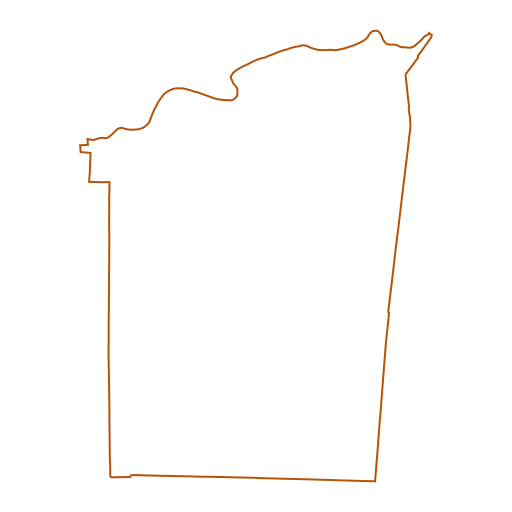 Cosambesti, Ialomita, Romania
{"feature_id": "2599482B78625635901926", "entity_name": "Cosambesti", "entity_type": "district", "adm_level": 2, "iso_a3": "ROU", "parent_name": "Romania", "parent_adm1": "Ialomita", "projection": "orthographic", "projection_center": [27.459, 44.535], "detail": "fine", "context": "isolated", "style": "outline", "palette": "amber", "viewbox_px": 512, "rotation_deg": 0, "n_neighbors": 0, "source": "geoboundaries", "source_scale": "gbopen_adm2", "svg_char_len": 3522}
<svg xmlns="http://www.w3.org/2000/svg" viewBox="0 0 512 512"><path d="M231.5,75.3L231.1,76.0L230.8,76.6L231.2,78.7L231.7,79.8L233.2,83.1L234.3,84.7L235.5,85.8L237.3,88.5L237.4,92.0L237.5,93.5L237.0,95.8L236.4,97.0L234.2,99.0L232.8,99.9L231.5,100.2L229.2,100.3L226.5,100.1L223.9,100.0L221.5,99.7L219.1,99.5L214.8,98.5L210.5,97.0L206.2,95.4L198.1,92.5L193.7,91.4L191.0,90.5L186.3,89.1L182.5,88.4L179.3,88.3L175.4,88.4L172.7,89.1L169.7,90.3L167.1,91.7L165.6,92.8L163.9,94.4L161.4,97.5L158.9,101.0L154.7,108.7L152.3,114.0L149.4,122.0L148.5,123.2L147.0,124.8L144.9,126.5L143.0,127.8L140.4,128.7L137.9,129.3L136.3,129.5L130.9,129.8L126.4,129.2L121.3,127.7L118.7,128.4L116.8,129.6L116.1,130.3L114.0,132.3L111.6,134.8L108.7,137.1L106.8,138.0L105.0,138.3L103.3,137.9L101.1,137.9L97.1,138.8L95.7,139.3L94.3,139.8L93.0,140.0L91.7,139.8L87.5,139.1L87.9,144.9L80.1,145.3L80.7,152.1L90.5,152.9L89.9,171.2L89.1,181.9L102.6,182.2L109.5,182.1L109.4,190.7L109.2,197.6L109.2,198.4L109.2,206.6L109.2,209.6L109.2,216.2L109.1,225.0L109.3,235.0L109.3,244.3L109.2,249.1L109.2,254.4L109.2,262.9L109.2,266.2L109.0,275.0L109.1,286.8L108.9,296.1L108.9,299.9L108.9,311.6L108.7,316.2L108.7,338.0L108.6,341.3L108.6,342.2L108.5,352.8L108.7,362.3L109.3,399.3L109.4,408.8L109.4,423.0L109.6,435.0L109.7,447.9L109.9,461.9L110.1,462.9L110.2,467.4L110.2,471.4L110.3,476.1L110.6,476.6L111.4,477.2L112.1,477.3L130.3,477.0L130.8,475.7L131.5,475.1L135.7,475.1L142.1,475.3L146.0,475.4L154.3,475.6L161.5,475.8L167.3,475.9L180.1,476.2L195.3,476.5L200.8,476.7L210.0,476.8L215.7,476.9L258.5,477.9L258.7,478.1L279.5,478.6L289.8,478.9L295.8,479.0L302.3,479.2L308.0,479.3L309.8,479.4L319.4,479.7L327.8,479.9L334.0,480.1L335.0,480.2L359.6,480.9L367.1,481.1L369.3,481.1L374.8,481.3L375.1,481.3L375.1,480.9L375.9,471.4L376.3,466.2L377.5,451.5L377.5,451.1L378.3,440.8L379.0,430.9L379.4,426.3L379.7,421.7L380.8,408.9L383.2,377.3L385.7,345.7L385.7,345.3L387.1,331.6L387.9,324.4L389.0,313.1L388.6,312.5L388.2,311.9L391.4,285.7L394.5,259.3L395.0,254.8L397.3,235.8L397.7,233.0L399.2,220.6L402.5,192.9L403.7,183.1L404.7,174.8L406.0,164.0L406.7,158.5L407.3,153.5L407.6,151.0L409.0,139.0L410.5,126.0L410.3,123.1L410.1,120.2L410.1,119.3L409.8,116.5L408.8,110.0L408.7,107.8L409.2,107.1L408.5,101.9L408.1,98.9L405.8,76.9L405.6,76.5L405.6,75.5L405.6,74.9L405.7,74.5L406.1,73.7L412.1,65.7L418.1,57.6L417.7,56.2L420.5,52.4L422.8,49.2L427.5,42.6L430.5,38.3L431.9,35.2L430.5,34.1L429.1,33.0L428.9,33.7L428.2,34.4L427.3,35.0L425.8,35.7L424.8,36.3L423.3,37.7L422.2,39.0L420.9,40.4L419.7,41.5L418.4,42.7L417.1,43.8L414.4,46.1L412.4,47.1L410.4,47.7L408.5,47.7L406.2,47.4L404.0,47.2L402.6,47.3L401.1,47.1L399.5,46.5L398.0,45.8L396.7,44.9L395.2,44.8L393.1,44.6L391.0,44.7L389.0,44.5L387.3,44.1L386.2,43.5L385.0,42.3L383.7,40.6L383.1,39.5L382.2,37.5L381.3,35.2L380.3,33.6L379.5,32.6L378.6,31.6L377.8,31.1L376.9,30.8L376.2,30.7L375.3,30.8L373.9,30.9L372.6,31.2L371.1,32.2L369.8,33.7L368.2,36.1L366.8,38.1L363.9,40.5L359.4,42.9L354.4,45.1L350.0,46.6L345.3,48.2L341.7,49.0L339.2,49.5L335.5,50.3L334.7,50.2L331.5,49.8L329.3,49.9L324.6,50.1L321.7,50.1L318.1,49.9L315.3,49.2L311.2,47.9L307.7,46.3L304.9,45.4L303.1,45.3L301.1,45.6L299.0,46.3L296.0,46.8L293.2,47.3L289.4,48.5L287.0,49.4L283.7,50.3L279.5,51.6L277.0,52.6L274.0,53.8L271.3,54.9L267.4,56.4L265.5,57.3L262.0,58.2L259.5,58.8L256.7,59.8L254.1,61.0L250.4,62.8L247.4,64.4L242.9,66.4L240.0,68.0L238.1,69.2L236.3,70.3L233.6,72.4L233.0,73.2L232.8,73.4L232.7,73.5L232.0,74.6L231.6,75.2L231.5,75.3Z" fill="none" stroke="#b45309" stroke-width="2"/></svg>